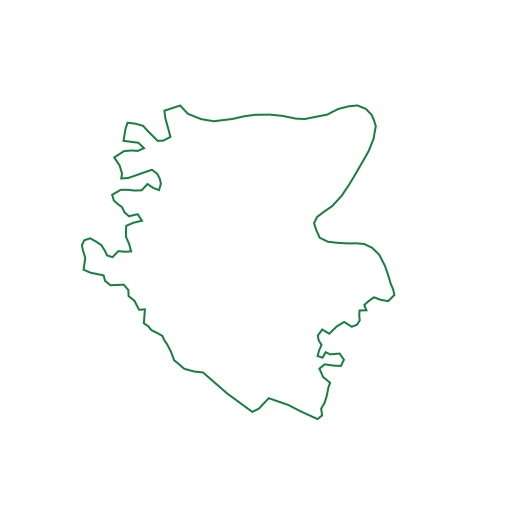 the district of Novo Machado, Rio Grande do Sul, Brazil, rotated 66°
{"feature_id": "56859067B53654769142521", "entity_name": "Novo Machado", "entity_type": "district", "adm_level": 2, "iso_a3": "BRA", "parent_name": "Brazil", "parent_adm1": "Rio Grande do Sul", "projection": "albers", "projection_center": [-54.541, -27.542], "detail": "fine", "context": "isolated", "style": "outline", "palette": "green", "viewbox_px": 512, "rotation_deg": 66, "n_neighbors": 0, "source": "geoboundaries", "source_scale": "gbopen_adm2", "svg_char_len": 2251}
<svg xmlns="http://www.w3.org/2000/svg" viewBox="0 0 512 512"><g transform="rotate(66 256 256)"><path d="M347.9,145.4L342.2,144.3L335.8,144.2L327.6,143.1L317.5,142.2L304.9,142.9L295.7,146.6L289.0,152.3L285.4,158.9L281.8,167.0L277.9,174.8L272.3,184.4L265.2,190.4L256.8,190.4L249.6,189.6L245.2,184.3L243.4,176.8L241.4,166.1L235.9,153.4L228.1,141.0L220.6,130.4L213.7,120.9L210.1,116.0L205.7,110.1L196.8,101.0L186.0,93.7L180.6,93.1L174.3,92.9L166.4,95.7L159.7,102.1L156.9,110.7L155.1,121.2L155.8,133.3L152.7,146.9L150.7,155.8L146.6,163.9L138.7,174.9L132.3,186.2L126.6,199.5L123.6,209.8L121.2,221.9L115.7,239.8L108.6,250.5L98.5,260.3L87.7,264.1L86.0,280.6L93.4,282.8L101.4,284.0L112.4,285.7L112.9,293.8L110.8,299.0L98.0,304.0L91.2,306.2L86.1,312.3L82.0,319.1L86.5,323.3L96.9,330.2L104.7,317.4L111.9,314.5L111.9,321.3L109.0,326.7L106.5,333.9L108.3,345.4L118.0,343.8L126.2,344.9L130.4,347.5L132.7,341.2L133.4,334.2L134.0,325.9L134.9,316.0L140.8,312.8L146.7,312.5L151.3,313.5L156.4,317.8L152.1,322.1L146.1,325.9L149.5,333.8L146.7,340.6L143.9,345.2L140.5,352.6L141.6,362.5L147.5,363.3L152.0,361.3L156.9,358.5L162.6,358.4L168.0,355.9L169.7,347.1L177.4,345.8L175.8,354.1L175.6,362.2L180.7,364.8L185.8,367.0L193.3,367.0L201.0,368.2L199.0,373.6L195.6,379.8L198.7,387.6L194.8,391.9L190.0,391.9L183.3,392.8L177.4,396.5L172.4,400.3L171.8,406.6L175.4,410.7L180.2,411.8L188.2,412.7L198.4,419.1L204.0,413.9L211.7,403.1L217.3,404.0L223.5,400.9L228.4,388.5L235.2,386.5L240.8,388.7L247.3,385.3L257.5,384.7L259.6,379.2L271.8,385.8L276.4,383.0L281.2,381.7L286.6,377.2L291.0,374.0L295.8,374.0L300.7,373.1L309.1,372.6L317.9,373.2L323.1,370.6L329.9,367.4L336.5,359.3L340.8,351.8L369.8,338.3L396.9,322.8L396.6,315.4L394.1,309.4L391.1,302.2L405.1,287.2L416.7,277.9L430.0,266.1L428.5,260.4L422.0,258.6L417.9,252.9L412.6,248.3L405.9,243.6L401.9,239.9L393.9,243.9L384.7,243.9L382.9,237.3L387.8,229.5L391.0,223.1L386.5,217.9L379.1,219.3L376.0,228.3L372.2,231.5L376.0,236.6L372.4,240.4L367.8,236.6L363.9,232.3L358.6,233.0L353.9,232.0L350.1,225.4L356.8,220.7L353.2,210.9L352.1,202.3L359.6,197.3L359.9,191.7L357.1,187.5L352.2,185.8L347.9,183.6L350.5,177.2L344.8,177.0L343.0,171.4L341.7,165.0L346.8,159.9L351.0,153.6L347.9,145.4Z" fill="none" stroke="#15803d" stroke-width="2"/></g></svg>